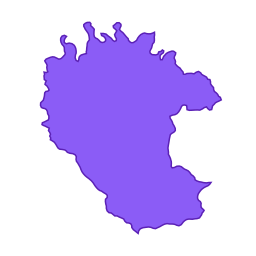 the district of Cordisburgo, Minas Gerais, Brazil, rotated 276°
{"feature_id": "56859067B649885654800", "entity_name": "Cordisburgo", "entity_type": "district", "adm_level": 2, "iso_a3": "BRA", "parent_name": "Brazil", "parent_adm1": "Minas Gerais", "projection": "robinson", "projection_center": [-44.174, -19.095], "detail": "fine", "context": "isolated", "style": "filled", "palette": "violet", "viewbox_px": 256, "rotation_deg": 276, "n_neighbors": 0, "source": "geoboundaries", "source_scale": "gbopen_adm2", "svg_char_len": 5154}
<svg xmlns="http://www.w3.org/2000/svg" viewBox="0 0 256 256"><g transform="rotate(276 128 128)"><path d="M165.7,217.8L168.2,216.6L169.0,214.8L170.8,213.7L172.1,212.2L173.4,210.1L175.1,209.2L177.2,208.8L178.8,207.0L180.5,205.5L182.8,205.2L184.7,204.4L184.8,202.2L186.8,200.8L187.6,199.0L188.3,197.2L189.1,195.6L190.5,194.5L191.6,192.2L190.6,190.0L188.8,188.0L189.0,185.2L188.6,182.6L188.3,180.7L187.4,179.3L187.3,177.5L189.4,176.9L191.3,174.9L193.0,173.5L194.0,171.6L195.2,169.9L196.9,168.2L199.0,168.3L200.5,167.7L202.3,166.6L204.4,166.8L205.9,167.5L207.8,167.6L209.1,165.4L209.1,163.7L208.4,162.1L207.5,160.2L206.1,158.3L204.3,157.0L203.0,156.0L201.4,155.5L199.5,154.9L199.3,153.2L201.5,152.5L203.6,152.4L205.1,153.7L206.5,155.3L208.4,155.5L209.2,154.0L207.8,153.0L206.9,150.6L204.5,150.0L203.6,148.0L203.5,144.2L204.8,142.2L206.5,141.7L208.2,142.3L210.1,143.1L212.3,143.4L214.3,143.7L215.8,144.9L217.8,145.1L219.6,144.9L221.2,144.6L223.4,144.7L226.0,144.3L224.9,142.5L224.1,140.7L223.8,138.9L223.8,136.7L224.2,134.6L223.6,132.9L222.2,130.9L220.5,129.5L218.5,128.3L216.1,127.4L214.7,125.9L213.4,124.1L213.2,122.2L214.0,120.7L215.3,119.3L216.9,118.8L218.0,117.4L219.3,116.0L220.7,114.6L222.4,112.8L223.5,110.9L225.1,109.2L227.1,109.8L228.8,110.4L230.4,110.1L231.8,108.2L231.5,105.9L229.7,104.3L228.0,102.6L226.3,103.1L224.9,105.1L223.5,106.7L221.7,105.9L219.5,104.9L217.5,105.7L215.6,107.1L213.7,107.2L212.7,105.5L213.7,103.6L215.4,102.1L216.5,100.3L217.6,98.4L219.1,96.4L219.4,93.6L219.2,91.3L217.2,92.1L216.7,93.7L215.8,95.2L214.1,96.5L212.4,96.6L211.0,95.5L210.3,93.4L210.8,91.5L212.1,90.1L213.5,88.2L214.1,86.4L215.2,85.0L217.5,84.3L220.4,84.1L222.7,84.1L224.3,82.4L226.0,80.1L227.9,80.2L229.1,78.9L228.7,76.3L227.7,74.6L226.2,73.2L224.5,73.4L223.2,74.3L221.7,75.2L220.4,76.4L219.0,77.6L217.7,78.7L215.7,79.5L213.8,80.0L211.6,80.4L209.1,78.9L207.5,78.6L205.6,78.7L203.2,78.6L200.9,78.7L199.4,78.5L197.7,78.9L196.9,76.5L195.7,73.8L194.1,72.3L192.6,71.9L190.7,71.9L189.0,71.3L189.8,69.3L192.3,68.1L195.2,68.1L197.1,68.6L199.1,68.4L201.4,67.8L202.9,67.1L204.6,65.9L206.0,63.5L206.3,60.6L205.3,57.8L206.3,55.7L208.3,55.4L210.4,55.9L212.7,57.3L213.5,55.0L212.5,52.8L210.3,51.7L208.3,51.8L206.3,52.4L204.2,53.7L202.8,55.3L201.4,56.2L199.5,56.5L197.7,56.8L196.0,57.8L194.4,57.6L192.9,56.5L191.3,55.3L190.1,54.2L189.2,52.1L190.1,49.7L190.9,47.3L190.9,45.5L190.2,43.5L189.0,41.2L187.9,39.3L186.1,38.2L184.7,39.1L183.4,40.2L181.9,41.0L179.8,40.9L177.3,41.5L175.5,42.4L174.6,41.0L174.8,38.7L172.7,39.4L171.1,39.0L169.6,39.3L167.4,39.7L166.3,41.8L164.4,41.1L162.7,40.9L161.3,43.0L159.2,44.7L157.4,45.5L156.2,44.3L155.8,42.5L154.3,41.5L152.5,41.5L150.9,41.5L148.6,41.2L146.7,40.8L145.4,39.7L143.9,38.5L141.4,38.6L139.4,39.7L138.8,41.5L138.6,43.4L137.8,44.9L136.0,46.1L133.8,46.6L131.8,48.0L129.4,48.3L127.7,47.9L126.4,45.9L125.3,44.2L124.3,42.3L122.4,42.1L121.7,43.6L121.2,45.5L120.4,47.5L119.6,49.7L117.1,49.2L115.6,50.5L113.8,51.6L111.8,51.0L110.0,52.2L108.2,52.0L107.3,54.1L106.1,56.3L104.5,57.7L103.2,58.7L101.9,59.6L100.6,60.7L99.8,62.2L99.8,64.6L99.6,67.4L98.7,69.0L97.5,70.2L96.8,72.8L96.7,75.9L95.8,78.3L94.1,79.6L91.4,79.6L89.5,80.2L88.0,81.6L85.8,83.2L83.8,84.6L82.1,85.4L80.7,86.2L79.2,87.2L77.6,88.7L76.1,90.4L74.8,92.3L73.5,94.5L71.7,97.1L69.9,99.0L68.0,100.5L66.7,101.6L65.2,103.1L63.8,104.8L62.9,106.4L62.5,108.2L61.2,110.5L60.2,112.8L58.9,114.4L56.7,114.6L54.8,113.1L52.6,113.2L50.2,113.8L48.2,114.6L45.7,114.9L43.4,115.9L41.8,117.9L41.7,120.3L40.6,122.0L39.2,124.0L39.4,126.5L38.6,128.4L37.8,131.1L37.1,133.2L35.0,134.6L33.6,136.5L33.6,138.7L33.1,140.7L31.4,141.9L29.4,142.2L27.4,144.0L25.9,146.5L24.2,149.1L26.9,149.4L29.1,150.8L30.4,153.3L31.1,156.1L31.7,158.7L31.6,161.3L30.9,163.5L30.8,165.9L31.9,167.7L33.1,169.8L34.9,172.3L36.2,174.4L37.0,176.8L36.9,179.6L37.2,182.8L37.0,184.9L36.4,186.6L36.1,188.9L37.4,191.0L39.0,192.0L40.3,192.8L41.8,194.1L43.1,195.8L43.8,198.0L44.0,201.5L44.7,204.1L45.1,206.2L46.1,208.5L47.8,209.4L49.2,210.2L51.4,210.7L52.6,211.7L54.1,212.3L55.3,210.8L56.6,209.1L58.8,208.6L60.8,208.6L62.4,207.6L63.4,205.8L64.9,204.7L66.4,204.4L67.9,204.4L69.9,204.8L72.0,205.9L73.8,207.0L75.4,208.4L76.7,209.9L77.9,211.7L78.9,213.5L80.5,215.1L82.5,216.2L82.2,214.0L81.6,211.7L81.6,208.7L81.9,206.5L82.0,204.4L82.6,202.0L83.4,200.2L85.6,199.5L87.3,197.6L88.2,195.8L90.3,194.0L91.7,192.3L92.5,190.2L93.0,188.5L94.0,186.8L95.1,185.1L95.5,183.0L95.1,180.6L93.6,178.3L93.0,176.1L94.2,175.0L95.8,174.9L97.6,174.8L99.3,174.5L100.7,173.9L102.1,173.4L104.2,172.2L106.1,170.9L108.0,170.8L110.2,170.3L112.3,169.8L114.7,169.9L117.8,170.1L119.4,170.2L121.5,170.3L123.4,170.5L125.8,170.8L127.1,171.9L128.1,173.3L129.2,174.6L130.5,175.3L132.6,175.0L135.1,173.5L136.9,172.1L138.3,171.6L140.1,170.5L141.9,169.0L144.0,168.4L145.4,170.7L146.2,173.4L147.4,175.2L149.4,176.7L151.4,177.7L152.9,178.3L154.8,178.9L156.2,179.8L156.8,181.5L156.5,183.9L154.6,184.4L152.4,184.8L152.0,187.1L152.3,189.2L152.8,192.2L153.2,195.0L153.3,197.6L154.7,199.9L156.3,201.8L157.2,203.9L155.7,205.2L154.4,207.2L155.1,209.3L157.3,209.6L158.9,209.8L160.7,211.3L162.2,212.3L163.2,213.7L164.2,215.5L165.7,217.8Z" fill="#8b5cf6" stroke="#5b21b6" stroke-width="1.5"/></g></svg>